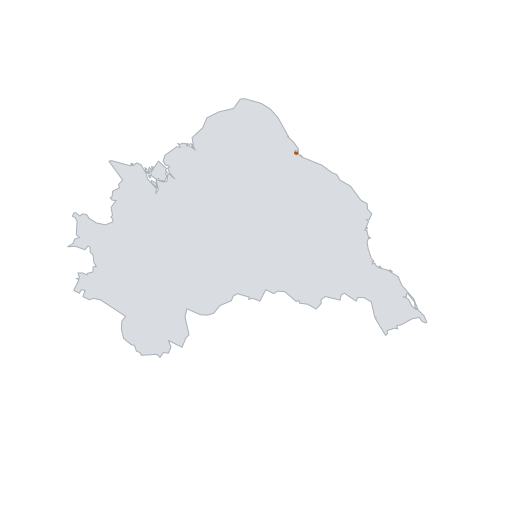 Maragogipe, Bahia, Brazil (highlighted), rotated 296°
{"feature_id": "56859067B10355706610278", "entity_name": "Maragogipe", "entity_type": "district", "adm_level": 2, "iso_a3": "BRA", "parent_name": "Brazil", "parent_adm1": "Bahia", "projection": "equal_earth", "projection_center": [-38.951, -12.825], "detail": "fine", "context": "in_parent", "style": "filled", "palette": "amber", "viewbox_px": 512, "rotation_deg": 296, "n_neighbors": 0, "source": "geoboundaries", "source_scale": "gbopen_adm2", "svg_char_len": 4464}
<svg xmlns="http://www.w3.org/2000/svg" viewBox="0 0 512 512"><g transform="rotate(296 256 256)"><path d="M166.4,112.0L170.2,116.4L174.9,114.3L176.4,117.1L179.1,113.1L185.5,109.1L186.9,105.2L191.1,103.0L191.4,100.6L186.7,99.7L185.5,89.3L181.6,82.6L187.0,86.0L191.9,85.8L195.3,89.2L196.4,85.1L208.6,80.1L211.3,76.7L211.2,73.6L214.8,73.4L215.9,74.9L214.7,80.2L217.9,81.6L218.9,85.9L216.7,89.3L215.7,97.9L218.0,107.0L223.7,112.2L226.2,111.4L227.4,108.5L229.6,109.2L236.2,104.4L244.4,105.9L243.2,102.0L244.5,99.5L246.1,100.6L251.5,98.8L257.5,103.4L260.1,101.1L265.9,102.8L276.7,82.3L278.4,84.4L281.9,103.2L283.8,106.2L287.3,107.8L287.7,112.6L281.6,121.7L277.8,124.6L272.9,137.0L268.0,138.7L273.1,139.1L280.6,132.8L282.1,140.8L284.2,143.2L291.9,140.5L289.6,149.4L292.7,142.2L296.2,138.1L298.0,139.3L298.8,138.1L298.1,134.8L300.5,130.9L306.5,130.0L319.5,136.9L320.4,140.3L322.2,137.9L325.2,140.6L326.1,143.6L324.5,145.6L325.2,146.6L326.8,144.7L327.2,146.6L325.7,148.6L324.8,154.6L326.8,152.1L328.3,147.6L328.5,150.8L334.3,146.7L347.9,151.9L358.7,151.3L369.4,159.6L378.7,171.1L390.2,173.1L392.5,177.3L395.5,193.9L394.3,204.6L389.8,215.4L377.3,233.2L377.2,231.8L374.9,239.8L371.0,246.9L369.2,248.0L367.8,244.8L366.7,246.4L365.0,254.0L366.5,275.5L364.2,287.9L364.6,292.8L361.1,298.0L360.2,310.3L352.1,325.8L351.8,332.9L347.0,335.7L344.7,341.6L338.4,341.8L337.1,339.6L336.6,342.0L326.9,342.6L327.4,344.6L321.3,349.5L317.8,349.4L311.8,353.5L304.3,360.8L302.9,364.3L301.5,362.9L301.1,364.5L299.3,363.8L301.6,365.9L299.9,368.2L299.4,372.0L301.0,380.4L299.7,392.9L293.6,399.9L286.4,416.8L279.4,424.4L279.1,421.8L284.2,418.7L288.4,409.5L288.4,407.9L285.4,408.9L283.5,405.9L284.5,408.9L283.8,412.3L279.5,417.9L278.2,422.3L278.8,424.8L275.8,433.3L271.3,438.6L270.2,437.9L270.0,433.6L272.4,429.8L267.9,423.8L258.2,417.0L255.1,413.2L252.5,415.2L252.1,412.5L246.5,406.6L244.0,408.1L241.4,407.3L251.9,391.0L253.3,391.1L253.0,389.5L265.2,379.8L266.0,371.6L263.4,365.7L259.3,365.7L261.3,351.7L258.5,349.6L253.2,350.9L249.9,336.1L245.3,333.6L242.0,335.4L234.7,333.3L235.3,323.6L232.7,315.8L234.7,314.1L232.8,311.9L236.6,297.6L234.0,291.0L230.0,288.4L230.0,279.5L217.2,279.3L216.5,271.9L213.9,268.3L216.1,268.2L214.0,255.9L209.9,253.1L204.9,253.4L195.6,245.3L186.0,243.1L181.8,238.7L178.8,231.7L178.3,217.1L170.0,218.9L155.8,230.4L151.5,228.9L141.5,229.5L141.7,214.4L136.9,219.5L130.2,219.9L128.6,215.1L122.7,214.2L124.2,210.2L116.5,196.4L118.4,194.1L118.1,190.2L122.4,186.0L121.6,182.5L123.9,173.1L131.2,167.1L138.6,164.0L144.6,165.2L148.4,135.3L146.7,128.7L143.6,125.1L143.7,118.2L150.1,117.5L149.0,113.7L145.1,113.6L145.2,107.3L157.1,107.2L157.0,104.7L158.9,107.0L162.7,103.4L164.7,107.4L164.9,112.4L166.4,112.0ZM285.2,124.9L298.5,126.7L295.4,137.2L292.9,137.4L292.5,139.2L290.5,138.3L288.4,141.0L283.4,141.0L281.6,135.7L282.9,134.4L281.3,132.5L282.4,126.4L285.2,124.9ZM273.9,137.6L276.0,130.0L278.1,129.0L277.9,133.6L273.9,137.6ZM288.9,121.2L287.6,124.0L284.6,123.4L285.1,121.6L288.9,121.2ZM284.3,118.1L283.8,123.9L282.6,123.3L284.3,118.1ZM291.0,124.9L289.1,125.2L288.2,124.7L290.6,123.0L291.0,124.9ZM282.3,125.1L280.4,126.9L279.6,126.0L281.0,124.3L282.3,125.1ZM285.9,120.0L285.0,118.8L286.6,117.6L286.7,118.8L285.9,120.0ZM284.9,105.1L283.8,105.4L283.5,103.3L284.6,103.2L284.9,105.1ZM301.6,385.6L301.2,383.9L302.0,382.3L302.3,382.7L301.6,385.6ZM322.4,348.8L322.7,350.8L321.4,350.3L322.4,348.8ZM300.6,373.2L300.0,372.2L300.8,371.1L301.1,371.6L300.6,373.2ZM326.5,150.9L325.6,153.0L326.5,150.0L326.5,150.9ZM368.4,248.3L367.1,248.9L368.0,247.3L368.4,248.3ZM330.4,343.4L329.1,344.1L328.8,343.7L329.6,342.8L330.4,343.4ZM366.3,252.2L365.8,253.4L365.5,252.6L366.3,252.2ZM322.9,136.0L323.0,137.2L322.6,137.0L322.9,136.0Z" fill="#d9dde1" stroke="#a8b0b8" stroke-width="1"/><path d="M366.1,245.6L365.9,245.6L365.7,245.6L365.6,245.8L365.4,245.9L365.3,246.0L365.3,246.3L365.3,246.5L365.2,246.5L365.1,246.8L365.1,247.0L365.2,247.3L365.3,247.3L365.3,247.5L365.4,247.8L365.5,247.8L365.5,247.7L365.4,247.7L365.4,247.4L365.4,247.2L365.3,247.3L365.3,247.2L365.3,246.9L365.5,246.8L365.8,246.9L365.8,247.0L365.9,247.3L366.0,247.3L366.0,247.5L366.2,247.8L366.3,247.8L366.5,247.9L366.8,247.9L366.8,248.0L366.9,247.9L366.8,247.7L367.0,247.6L366.9,247.6L366.9,247.4L366.9,247.2L367.0,247.2L367.0,246.9L367.0,247.0L366.9,247.0L366.8,246.9L366.7,246.9L366.6,246.7L366.6,246.4L366.5,246.2L366.4,246.1L366.4,245.9L366.2,245.9L366.1,245.7L366.1,245.6Z" fill="#f59e0b" stroke="#b45309" stroke-width="1.5"/></g></svg>